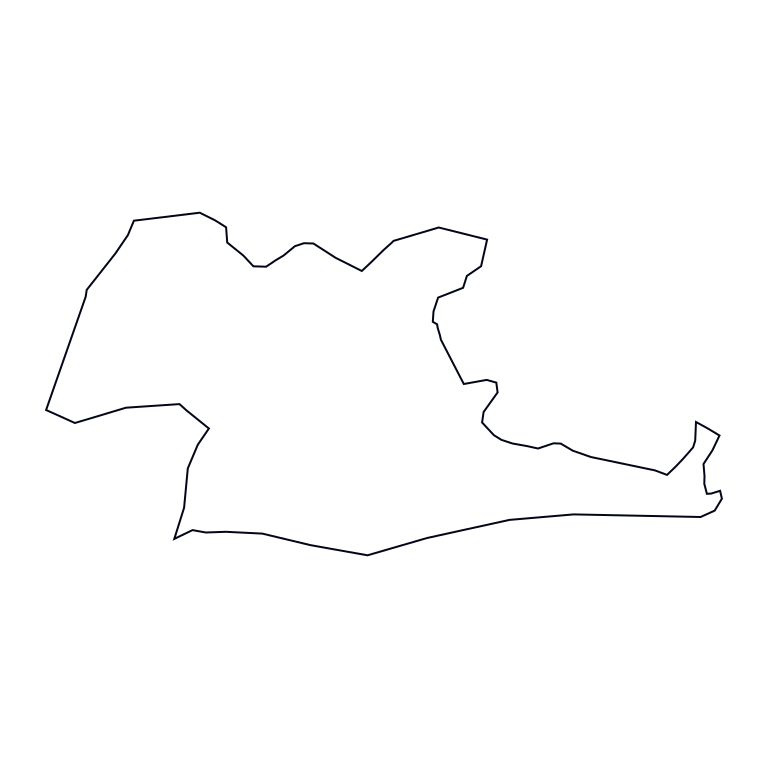 the district of Andoni, Nigeria
{"feature_id": "59680162B90577513466378", "entity_name": "Andoni", "entity_type": "district", "adm_level": 2, "iso_a3": "NGA", "parent_name": "Nigeria", "parent_adm1": "", "projection": "mercator", "projection_center": [7.441, 4.514], "detail": "fine", "context": "isolated", "style": "outline", "palette": "ink", "viewbox_px": 768, "rotation_deg": 0, "n_neighbors": 0, "source": "geoboundaries", "source_scale": "gbopen_adm2", "svg_char_len": 1275}
<svg xmlns="http://www.w3.org/2000/svg" viewBox="0 0 768 768"><path d="M174.3,538.9L192.5,530.1L205.8,532.5L225.8,531.8L262.3,533.6L310.3,545.1L343.3,551.0L367.5,555.3L387.5,549.5L391.3,548.4L423.3,539.1L427.1,538.0L464.4,529.8L509.4,519.9L573.6,514.4L700.6,517.0L714.7,510.6L721.9,498.7L720.1,490.8L711.0,493.6L706.9,493.8L704.3,483.8L704.5,475.9L703.5,464.0L712.4,450.4L719.5,435.5L706.6,427.8L696.0,422.0L695.2,440.6L693.1,447.4L683.0,458.9L675.3,467.0L667.0,474.9L655.0,470.4L590.8,457.0L572.8,450.7L560.8,443.6L553.6,443.3L538.0,448.5L527.1,446.1L512.5,443.5L501.5,439.9L493.9,435.2L482.1,422.5L483.6,412.0L497.6,392.4L496.3,382.6L486.7,379.9L463.8,384.0L440.9,339.7L439.9,335.2L437.7,327.9L437.1,324.3L432.8,321.8L433.5,311.5L438.1,297.6L463.1,287.8L466.9,275.9L481.1,266.2L487.1,239.6L438.7,227.5L393.5,240.9L392.0,242.5L388.6,245.5L383.4,250.2L372.1,261.3L361.8,271.0L335.6,257.8L313.4,243.5L304.0,243.2L294.9,246.2L283.5,255.6L275.8,260.2L266.1,266.7L253.4,266.3L243.4,255.6L227.2,242.5L226.1,227.3L225.2,226.7L215.0,220.3L199.7,212.7L133.9,220.7L127.9,235.1L115.3,253.6L86.7,289.9L85.7,296.7L46.1,410.0L74.9,423.0L126.0,407.7L179.5,404.1L186.6,410.5L208.9,428.5L197.8,444.7L187.8,468.4L184.1,507.7L174.3,538.9Z" fill="none" stroke="#020617" stroke-width="2"/></svg>